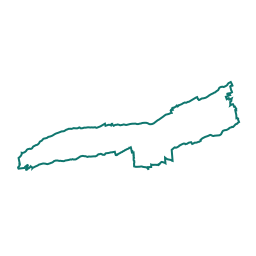 Stanisesti, Bacau, Romania (Equal Earth projection), rotated 268°
{"feature_id": "2599482B92534545821934", "entity_name": "Stanisesti", "entity_type": "district", "adm_level": 2, "iso_a3": "ROU", "parent_name": "Romania", "parent_adm1": "Bacau", "projection": "equal_earth", "projection_center": [27.312, 46.453], "detail": "fine", "context": "isolated", "style": "outline", "palette": "teal", "viewbox_px": 256, "rotation_deg": 268, "n_neighbors": 0, "source": "geoboundaries", "source_scale": "gbopen_adm2", "svg_char_len": 5743}
<svg xmlns="http://www.w3.org/2000/svg" viewBox="0 0 256 256"><g transform="rotate(268 128 128)"><path d="M130.1,239.2L132.5,238.3L133.6,238.4L134.1,237.6L133.9,236.7L137.2,236.7L142.0,235.8L141.9,236.8L142.0,236.8L142.7,236.7L143.5,236.8L143.6,236.6L145.7,235.5L145.5,234.8L148.1,233.8L148.1,233.2L147.9,232.5L147.0,231.0L147.3,231.1L150.4,231.0L150.6,231.4L151.4,232.2L153.1,232.4L153.9,232.7L152.8,230.2L154.3,229.7L153.3,227.7L155.8,226.9L156.3,228.5L156.8,229.5L157.1,229.9L157.3,231.2L157.5,231.1L157.8,230.7L158.5,229.4L158.5,228.5L158.8,228.5L159.0,229.2L159.3,231.6L160.1,233.2L161.1,233.0L162.2,232.4L166.0,231.6L166.5,232.2L166.4,232.5L166.6,232.8L166.7,233.3L166.6,233.7L166.7,233.9L168.3,233.3L170.4,232.3L169.3,230.0L168.3,229.1L167.6,228.8L166.8,227.7L166.1,226.3L166.0,225.7L165.6,225.2L165.7,224.6L166.0,223.7L165.8,223.0L165.9,222.6L165.2,221.0L165.0,220.7L162.8,219.5L162.5,219.1L161.7,217.7L160.6,216.4L160.4,215.6L159.8,214.4L159.5,214.0L159.0,212.6L157.8,210.3L157.6,210.1L156.5,208.5L155.5,206.6L155.4,206.0L155.1,204.8L154.9,202.7L153.6,200.4L153.5,199.8L154.5,199.1L154.0,199.1L155.7,198.4L156.3,198.3L156.5,198.2L156.0,196.9L152.2,190.0L152.0,189.3L152.0,188.7L151.2,187.0L151.5,185.6L150.8,183.9L150.0,182.6L148.9,179.6L149.0,179.4L148.9,179.1L148.7,178.9L148.3,179.0L147.7,178.3L147.7,178.2L148.4,177.9L148.3,177.6L148.6,177.3L147.9,176.8L146.9,175.0L146.7,174.8L146.6,174.5L146.8,173.9L146.2,172.8L144.6,173.4L144.5,172.7L144.6,171.7L144.2,171.5L144.0,171.3L141.6,172.1L141.6,171.7L141.2,170.6L140.6,169.2L140.0,166.2L139.0,164.7L138.3,163.8L135.1,158.9L134.8,158.1L134.1,157.1L131.7,153.8L131.1,152.1L131.0,150.6L131.1,149.6L131.6,148.6L132.1,147.9L132.6,146.2L132.6,143.6L132.5,142.4L132.1,141.3L131.9,139.7L131.6,138.5L131.6,137.1L132.1,135.7L132.1,132.2L131.9,130.3L131.1,126.6L131.1,126.1L131.7,123.9L131.3,122.2L131.0,120.3L131.6,118.9L131.9,117.6L131.6,117.0L131.6,115.8L131.4,115.0L130.7,113.8L132.5,111.9L132.7,112.0L132.7,111.8L131.2,111.1L131.6,110.7L131.7,110.3L131.9,108.7L131.0,105.6L133.1,105.1L130.6,100.5L129.3,96.8L129.3,96.3L129.9,95.2L129.7,93.1L129.9,91.7L129.8,90.2L129.9,89.9L130.1,88.1L129.8,85.7L129.9,84.2L129.4,82.6L129.3,81.2L129.4,80.5L130.2,79.7L130.3,79.3L129.7,78.2L129.4,77.1L129.6,74.6L129.8,73.9L129.1,71.6L129.1,71.0L129.3,70.3L129.2,69.7L129.3,68.8L128.7,67.3L128.4,66.2L127.2,64.2L127.0,63.5L126.9,61.5L125.6,57.9L125.1,56.1L124.4,54.5L123.6,53.2L122.8,51.7L122.2,49.8L121.9,48.0L121.4,47.4L120.9,46.6L120.5,44.8L120.4,43.8L120.1,43.0L118.3,41.3L117.4,39.4L115.8,38.5L114.8,37.4L114.2,36.3L114.0,35.0L113.2,33.7L113.1,33.1L113.0,32.9L112.5,32.4L111.2,31.5L110.8,31.0L110.6,30.5L110.5,29.6L110.7,29.2L110.7,28.9L110.3,27.0L109.8,26.2L108.5,25.3L107.5,24.0L107.0,22.8L106.7,21.4L106.9,20.9L105.7,20.9L104.1,20.1L102.8,18.8L101.9,17.6L95.8,18.6L95.7,18.2L94.6,18.4L94.3,18.2L93.3,17.6L92.7,16.9L92.4,16.8L92.1,17.0L91.8,16.9L91.2,17.2L91.7,23.2L92.9,23.9L93.8,25.3L94.1,25.5L94.1,26.0L94.4,26.3L94.2,26.6L92.6,26.1L92.4,25.9L91.2,25.4L90.6,24.9L90.4,24.9L90.1,24.7L89.8,24.8L89.8,25.1L90.1,25.1L90.4,25.5L90.4,25.9L90.6,26.2L91.5,26.6L91.3,27.0L91.1,27.1L91.6,28.0L93.1,29.4L92.6,29.7L92.2,30.5L91.9,31.2L91.2,31.1L91.5,31.4L92.8,34.2L93.6,36.3L94.6,37.9L94.7,38.7L94.9,39.3L95.4,41.5L95.5,41.9L95.3,43.8L95.1,44.7L94.9,45.1L94.7,46.4L95.4,48.8L95.8,49.8L96.0,50.7L96.7,52.0L97.5,52.9L98.0,54.6L98.0,56.2L97.5,58.2L97.6,59.3L97.3,60.5L97.3,61.2L97.1,62.0L97.2,63.1L97.7,64.2L97.8,65.2L98.1,67.6L98.6,69.3L98.4,70.3L98.8,71.5L98.4,72.6L98.4,74.3L98.7,75.3L99.0,75.5L99.3,76.3L101.1,79.2L101.4,79.9L101.7,81.7L101.6,82.4L101.3,83.5L101.3,84.5L100.5,86.5L100.7,87.0L100.7,87.5L100.9,87.9L100.7,89.5L100.9,93.0L100.8,94.5L101.5,96.1L102.4,96.9L102.5,97.3L102.8,97.7L102.8,98.7L103.1,99.5L103.1,100.0L102.8,100.9L102.2,101.5L102.1,102.3L102.0,103.3L102.2,103.8L103.2,104.5L103.5,104.9L103.7,107.7L104.3,110.2L104.2,111.3L104.5,112.2L104.5,112.8L104.7,114.0L103.9,114.1L101.5,114.8L101.5,115.0L101.3,115.2L101.3,115.7L101.5,116.2L101.9,116.1L102.5,117.6L103.0,118.6L103.3,119.3L103.9,120.2L104.3,121.5L104.8,122.0L105.4,123.5L106.1,124.4L106.2,125.0L106.5,125.4L106.9,126.3L107.4,127.8L107.6,128.0L107.9,128.6L108.2,128.7L108.1,129.1L108.2,129.5L108.6,130.1L107.9,130.3L104.4,130.9L104.5,131.0L104.8,131.1L104.8,131.5L103.2,131.6L103.4,132.7L100.6,132.8L100.6,132.5L100.3,132.5L98.3,132.9L98.3,132.6L95.8,132.5L95.4,132.7L95.0,132.7L94.8,132.9L95.0,133.0L94.9,133.1L93.1,133.1L92.9,132.9L92.4,132.8L89.4,132.8L88.9,134.5L88.9,138.1L89.0,138.8L89.1,140.0L89.0,140.7L88.7,141.3L88.3,143.3L88.2,144.4L87.7,145.5L87.3,146.0L85.6,147.1L88.2,146.6L88.2,149.8L90.6,149.9L90.2,150.6L90.4,151.3L90.2,151.9L90.3,152.3L90.3,153.5L90.3,153.8L90.2,154.9L90.2,155.2L90.0,155.8L90.3,156.5L89.9,157.2L90.4,157.8L90.8,158.2L91.0,158.1L91.1,158.4L91.2,158.6L91.8,158.9L92.9,160.3L92.7,161.5L92.1,163.0L91.9,163.6L91.5,164.2L94.9,164.0L97.1,164.0L96.1,165.2L95.4,166.2L94.6,169.6L94.2,170.4L93.9,170.6L93.6,171.4L104.5,170.9L104.7,171.1L104.8,171.1L107.0,173.9L106.9,174.6L106.6,175.1L106.9,176.2L107.9,178.1L108.8,178.9L109.0,179.9L109.5,180.5L110.5,183.0L110.4,184.3L109.8,184.8L110.3,186.8L110.5,187.0L111.2,188.2L111.6,190.6L109.8,191.6L110.3,192.9L110.9,193.9L111.0,194.2L111.0,196.0L111.7,197.9L111.8,198.9L112.4,199.6L112.7,200.3L113.6,200.1L115.1,202.0L116.4,204.8L117.2,207.5L118.2,209.8L118.2,210.4L117.2,212.2L117.0,213.3L117.3,214.3L117.5,218.7L117.6,219.4L118.5,220.8L121.4,222.4L121.9,222.9L122.3,224.1L122.5,225.0L122.5,225.9L122.8,226.9L123.8,228.8L124.4,229.2L124.6,229.6L125.1,231.3L125.5,231.9L125.3,232.4L125.4,233.0L125.6,233.0L125.8,233.5L126.4,234.2L128.0,235.7L128.2,236.6L128.4,237.1L128.8,237.6L129.2,237.7L130.1,239.2Z" fill="none" stroke="#0f766e" stroke-width="2"/></g></svg>